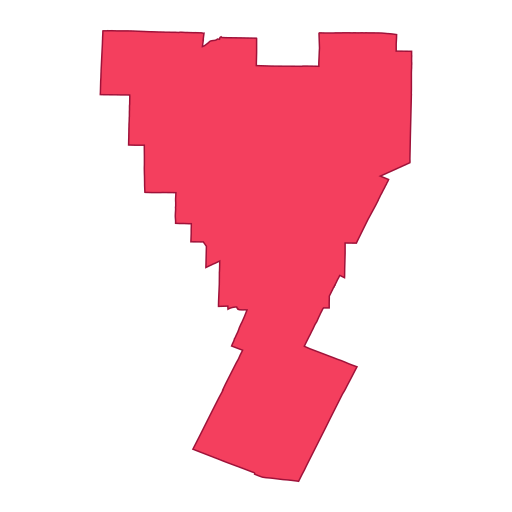 Motatei, Dolj, Romania
{"feature_id": "2599482B85441344014626", "entity_name": "Motatei", "entity_type": "district", "adm_level": 2, "iso_a3": "ROU", "parent_name": "Romania", "parent_adm1": "Dolj", "projection": "equal_earth", "projection_center": [23.194, 44.054], "detail": "fine", "context": "isolated", "style": "filled", "palette": "rose", "viewbox_px": 512, "rotation_deg": 0, "n_neighbors": 0, "source": "geoboundaries", "source_scale": "gbopen_adm2", "svg_char_len": 5839}
<svg xmlns="http://www.w3.org/2000/svg" viewBox="0 0 512 512"><path d="M298.6,481.3L299.0,480.5L302.1,474.3L304.4,470.0L306.4,465.8L308.3,462.0L325.4,428.1L330.0,418.8L342.5,394.0L344.4,390.9L344.9,390.0L345.8,388.3L346.9,386.1L351.1,378.1L355.5,369.6L357.0,366.8L351.2,364.7L348.4,363.6L345.2,362.2L341.3,360.6L337.5,359.3L333.2,357.6L327.6,355.5L325.3,354.6L312.4,349.7L310.0,348.8L304.3,346.3L304.4,345.8L304.9,345.1L305.3,344.1L305.5,343.7L307.9,338.9L308.2,338.3L309.3,336.1L309.9,335.0L310.0,334.9L310.3,334.2L310.6,333.6L311.8,331.1L312.6,329.6L313.0,328.8L313.5,327.7L313.7,327.3L314.9,324.6L315.0,324.6L315.1,324.3L315.5,323.7L316.1,322.7L316.7,321.8L317.1,320.9L318.5,317.7L319.0,316.6L319.7,315.2L320.2,314.0L320.9,312.6L321.6,311.3L322.4,309.6L322.9,308.7L323.1,308.5L323.3,308.2L323.5,307.9L329.2,307.9L329.2,306.1L329.2,304.8L329.2,303.6L329.2,302.9L329.3,298.3L329.3,296.1L331.6,291.5L332.0,290.6L332.2,290.4L333.2,288.2L333.7,287.2L334.2,286.9L334.1,286.7L334.5,285.7L334.9,284.9L335.2,284.9L335.2,284.4L336.2,282.5L337.4,279.9L338.9,277.2L339.2,276.5L339.5,275.9L339.7,275.4L339.8,275.4L340.2,275.6L340.9,275.9L341.6,276.3L343.3,277.1L344.5,277.7L344.6,276.1L344.7,268.5L345.1,253.3L345.1,245.9L345.1,243.0L353.6,243.1L356.4,243.1L357.5,240.7L368.1,219.2L370.4,215.0L375.6,205.4L378.2,200.3L378.5,199.6L378.5,199.3L378.6,199.1L378.9,198.6L379.4,197.7L380.6,195.1L381.2,194.1L381.6,193.4L383.2,190.2L383.9,188.9L384.2,188.4L384.4,187.9L384.7,187.5L384.8,187.2L385.2,186.3L385.6,185.5L386.2,184.6L386.7,183.5L386.9,182.9L387.7,181.6L388.6,179.5L384.2,177.7L380.3,176.1L409.9,162.7L410.0,161.5L409.9,159.0L410.4,134.8L411.3,97.7L411.3,96.5L411.4,94.4L411.3,93.3L411.4,89.9L411.4,89.0L411.4,85.5L411.4,84.7L411.4,80.1L411.4,78.6L411.4,75.7L411.4,74.6L411.4,72.4L411.5,69.6L411.5,69.1L411.6,68.3L411.6,67.6L411.6,66.5L411.6,65.7L411.7,64.4L411.7,63.4L411.7,62.7L411.6,61.8L411.6,60.6L411.6,60.3L411.6,59.3L411.6,58.1L411.6,57.6L411.7,56.6L411.6,56.0L411.7,55.5L411.6,55.2L411.6,51.3L396.2,51.1L396.2,49.8L396.2,43.6L396.5,38.3L396.6,34.6L392.5,34.0L390.6,33.8L388.2,33.6L387.5,33.6L384.7,33.3L383.2,33.2L382.3,33.1L380.7,33.0L373.7,32.9L368.1,32.9L366.3,32.8L363.9,32.9L362.4,32.8L358.3,32.9L353.8,32.8L352.2,32.9L348.8,32.8L347.3,32.8L343.3,32.8L342.6,32.8L341.6,32.9L341.3,32.9L340.7,32.9L335.4,32.9L333.5,33.0L331.9,33.0L331.2,33.0L324.9,33.0L321.3,32.9L321.2,32.9L319.4,32.9L319.1,33.1L319.0,33.4L319.5,48.2L319.3,51.4L319.1,56.4L318.8,62.9L318.8,66.3L314.0,66.2L307.2,66.1L302.8,66.1L302.7,66.2L301.4,66.3L288.5,66.2L284.1,66.2L272.0,66.1L256.3,65.6L256.6,52.7L256.6,46.4L256.6,40.9L256.6,38.4L256.5,38.2L240.9,37.9L225.7,37.7L221.9,37.5L221.4,37.2L221.1,36.8L220.0,37.5L219.5,39.3L217.6,39.0L216.2,39.9L215.2,40.3L212.6,40.6L210.9,40.9L209.8,41.4L208.2,42.9L204.8,45.5L202.8,46.5L202.4,46.6L203.3,40.2L203.1,40.2L203.6,36.2L204.0,33.2L203.2,33.3L202.8,33.1L201.1,32.8L200.6,32.8L199.9,32.8L199.5,32.8L198.3,32.8L198.1,32.7L197.7,32.7L197.3,32.8L196.3,32.7L195.9,32.6L195.6,32.7L194.3,32.7L193.3,32.7L190.4,32.6L190.0,32.6L187.5,32.5L186.6,32.5L185.1,32.5L184.5,32.4L184.1,32.4L182.8,32.3L180.6,32.2L180.0,32.2L179.7,32.3L179.1,32.4L178.6,32.5L177.8,32.4L176.7,32.4L175.9,32.3L172.2,32.3L171.4,32.3L169.0,32.2L167.0,32.2L164.8,32.2L164.2,32.1L163.2,32.1L159.9,32.0L158.5,32.0L153.3,31.8L148.6,31.7L144.6,31.5L137.1,31.2L132.7,31.0L127.9,30.9L116.6,30.9L115.2,30.8L114.1,30.8L113.6,30.8L112.6,30.7L112.2,30.8L111.4,30.7L108.3,30.8L108.1,30.7L107.6,30.7L106.9,30.8L104.6,30.8L103.9,30.8L103.1,30.8L102.9,30.9L102.8,34.0L102.6,37.6L102.6,39.1L102.5,40.6L102.4,44.0L102.0,52.2L101.6,60.3L101.4,64.6L101.1,70.6L101.1,71.6L101.0,73.7L100.9,77.9L100.7,80.8L100.4,92.4L100.3,93.8L100.3,94.6L103.6,94.7L114.8,94.8L116.2,94.8L120.3,94.9L123.4,94.9L125.5,94.9L129.7,95.0L129.8,96.3L129.8,97.2L129.7,102.1L129.7,104.0L129.5,105.8L129.5,106.2L129.5,108.6L129.5,109.8L129.4,111.6L129.4,112.9L129.4,115.3L129.4,116.3L129.3,117.2L129.2,121.3L129.1,122.6L129.0,124.6L129.0,125.4L129.0,126.2L128.9,129.2L128.9,131.5L128.8,135.4L128.8,137.1L128.7,139.8L128.6,145.0L135.5,145.2L144.3,145.2L144.3,148.4L144.4,156.7L144.4,160.8L144.4,164.5L144.3,168.1L144.4,173.7L144.5,176.3L144.6,183.0L144.6,185.3L144.9,192.3L145.1,192.4L145.8,192.4L149.3,192.5L152.2,192.6L153.2,192.6L158.8,192.6L160.6,192.6L162.3,192.5L172.4,192.6L175.9,192.7L175.8,195.5L175.6,198.5L175.6,201.1L175.7,202.2L175.7,203.7L175.7,206.0L175.5,207.4L175.6,208.5L175.6,209.9L175.4,213.0L175.3,215.3L175.3,216.9L175.6,220.9L175.6,223.3L179.3,223.5L183.7,223.5L188.6,223.7L191.3,223.7L191.3,226.2L191.2,229.4L191.2,233.5L191.1,236.3L190.9,241.8L201.4,241.9L203.3,241.9L206.4,246.3L205.9,267.5L213.0,264.1L215.2,263.2L219.7,261.0L219.7,261.9L219.7,263.7L219.6,267.9L219.5,271.2L219.4,272.1L219.4,274.7L219.3,284.3L218.6,300.7L218.5,304.5L218.5,306.4L227.8,306.1L228.0,309.2L228.7,308.8L230.5,308.0L232.7,307.4L234.1,307.2L235.5,307.0L236.4,307.0L236.8,307.1L236.9,307.7L237.0,308.0L237.3,308.3L237.8,308.5L237.9,309.3L238.4,309.4L239.2,309.7L240.4,309.8L243.1,309.9L244.2,309.8L247.0,309.9L246.5,311.3L244.5,316.4L242.0,322.1L240.9,324.2L239.9,326.5L239.5,327.3L239.1,328.4L238.7,329.6L237.7,332.2L236.9,333.8L236.1,335.5L235.4,337.1L235.1,337.8L234.5,338.6L234.2,339.8L233.7,341.2L233.1,342.5L232.6,343.5L232.2,344.5L231.6,346.0L233.4,346.7L242.6,350.2L241.9,351.7L240.3,354.8L238.4,359.1L236.3,362.8L225.5,384.1L222.9,389.6L222.7,390.0L223.0,390.1L222.8,390.6L219.0,397.6L213.1,409.2L200.0,435.3L192.9,449.2L200.6,452.2L203.2,453.2L209.4,455.6L225.7,462.0L232.4,464.5L243.7,468.7L247.6,470.2L250.2,471.2L251.7,471.8L253.2,472.3L254.0,472.6L254.4,472.9L254.7,473.4L254.8,474.0L254.7,474.2L258.1,475.6L262.2,477.1L263.3,477.3L266.0,477.7L267.6,477.8L271.2,478.1L283.1,479.6L287.4,479.9L291.1,480.3L298.2,481.2L298.6,481.3Z" fill="#f43f5e" stroke="#9f1239" stroke-width="1.5"/></svg>